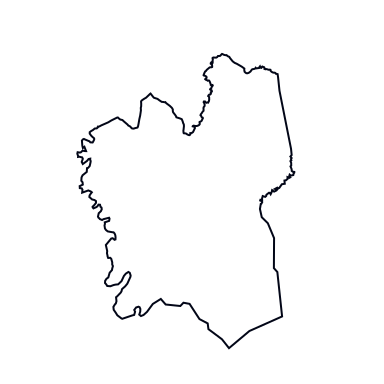 Kolondieba, Sikasso, Mali, rotated 196°
{"feature_id": "8926073B25086326483325", "entity_name": "Kolondieba", "entity_type": "district", "adm_level": 2, "iso_a3": "MLI", "parent_name": "Mali", "parent_adm1": "Sikasso", "projection": "robinson", "projection_center": [-6.6, 10.875], "detail": "fine", "context": "isolated", "style": "outline", "palette": "ink", "viewbox_px": 384, "rotation_deg": 196, "n_neighbors": 0, "source": "geoboundaries", "source_scale": "gbopen_adm2", "svg_char_len": 6045}
<svg xmlns="http://www.w3.org/2000/svg" viewBox="0 0 384 384"><g transform="rotate(196 192 192)"><path d="M142.2,328.9L144.0,328.8L144.5,329.3L145.3,329.5L146.6,329.2L147.5,329.2L148.7,329.5L149.9,330.2L150.3,331.1L150.8,331.1L152.2,330.6L153.4,330.7L155.2,330.6L155.4,330.2L156.3,330.3L156.4,330.9L157.0,331.8L157.7,331.8L159.0,332.0L159.3,331.6L159.4,330.8L159.6,330.4L160.7,330.4L161.0,331.1L161.3,331.5L161.6,330.8L161.7,330.1L161.7,329.7L164.4,328.5L165.0,328.9L165.2,328.2L166.2,327.4L166.8,327.1L167.7,326.7L168.2,326.2L169.0,323.9L170.4,322.1L171.7,321.3L172.6,321.2L173.5,321.5L174.6,322.1L175.2,323.3L175.5,324.0L175.7,325.1L178.7,326.2L184.3,327.6L186.6,327.9L188.9,328.8L191.5,330.6L192.6,331.4L193.4,332.2L194.6,332.3L195.6,332.6L196.5,333.1L197.2,332.8L198.1,332.7L199.5,332.7L200.6,333.0L201.2,333.0L201.7,332.2L202.4,330.7L203.4,330.2L204.5,329.9L205.0,328.6L205.7,327.9L207.1,327.5L208.5,327.2L209.0,326.8L209.2,326.4L208.5,325.1L208.4,323.9L207.9,322.5L207.8,321.6L208.0,321.0L208.8,321.1L209.3,321.6L209.5,321.1L209.4,320.5L207.8,319.7L207.2,318.3L207.1,317.7L207.6,317.3L208.5,317.0L209.4,316.6L211.5,313.5L212.0,312.1L212.6,311.5L212.9,309.8L213.1,307.5L212.6,307.2L211.7,307.3L210.9,307.2L209.9,306.8L209.5,306.0L209.5,305.5L210.2,304.7L210.4,304.1L209.6,303.7L208.3,303.6L207.6,303.3L207.1,303.7L206.2,303.8L205.2,302.8L204.0,301.1L203.6,300.6L203.5,300.1L202.9,299.9L202.2,300.3L201.8,300.5L201.4,300.0L202.0,298.5L202.0,297.6L202.1,297.0L202.7,296.4L202.9,295.7L202.4,295.3L201.1,295.1L200.6,294.2L200.8,293.6L201.4,293.2L201.3,292.3L200.9,291.7L201.4,290.7L202.3,290.3L202.8,289.4L202.9,288.7L202.0,288.3L201.6,287.7L200.9,285.4L200.8,283.8L200.9,283.6L201.1,282.5L201.5,282.6L202.5,281.8L203.6,282.0L204.4,282.6L205.5,282.3L205.6,281.6L204.7,280.7L203.9,279.4L203.6,278.2L204.2,276.6L204.0,275.5L203.5,274.1L203.3,273.2L203.9,272.2L204.3,270.7L205.0,269.0L205.0,268.1L204.2,267.7L203.5,266.8L202.8,266.4L202.2,266.4L201.9,266.0L202.4,263.0L203.2,262.0L204.0,261.5L203.9,260.8L203.4,259.9L203.3,259.1L203.8,258.2L204.5,257.5L205.5,256.8L206.7,256.4L208.0,256.3L208.8,256.2L209.4,255.6L209.4,255.3L207.7,255.3L207.2,255.0L206.8,254.3L207.5,250.0L208.2,249.0L208.9,248.5L209.9,248.1L209.5,246.9L210.0,246.0L210.9,245.8L212.7,246.1L213.5,246.5L214.6,246.5L215.5,246.3L216.0,246.2L216.4,246.5L217.2,248.6L217.3,249.6L217.9,253.1L218.5,254.7L219.5,255.8L220.3,257.1L221.2,258.3L222.0,259.2L224.1,259.4L227.6,259.5L228.3,260.5L229.6,261.6L232.1,263.4L232.8,264.6L233.2,266.1L234.6,267.4L237.1,268.7L241.3,270.3L242.3,271.0L242.5,270.8L244.5,270.6L246.0,270.3L248.8,271.2L250.8,272.0L254.5,272.1L255.4,272.6L259.0,275.2L259.4,274.7L260.3,273.1L262.2,269.9L263.5,268.6L265.2,266.6L265.8,265.6L265.9,264.9L265.2,263.0L264.5,260.4L264.4,258.7L263.6,256.4L262.9,251.2L262.7,247.6L262.2,243.0L262.0,240.6L262.0,239.8L262.2,238.9L264.3,237.7L265.3,237.0L266.0,236.7L267.4,236.6L268.4,237.2L269.4,237.9L271.7,238.4L272.4,239.0L277.2,241.2L278.7,242.0L281.0,241.9L282.5,242.5L283.8,243.2L284.5,242.9L289.3,238.5L291.7,235.9L297.6,231.0L298.8,229.8L300.1,228.8L300.4,228.9L300.5,228.6L300.2,228.4L301.1,226.9L303.0,226.2L304.2,224.4L305.9,222.6L306.8,221.3L306.4,219.9L304.5,218.4L302.5,217.3L301.3,216.9L300.6,216.1L300.5,215.3L300.9,213.1L301.2,212.2L303.4,211.7L304.6,212.5L305.1,212.5L309.3,213.0L310.5,213.2L311.3,212.6L312.0,211.1L310.2,206.3L309.0,204.2L307.9,205.8L305.1,202.1L306.3,201.8L308.5,201.6L309.0,200.9L309.7,199.6L310.6,199.0L312.9,198.7L312.8,197.2L311.4,195.2L311.2,194.3L309.9,194.9L308.5,194.9L307.1,195.0L306.1,193.8L306.3,190.5L304.7,188.8L301.5,192.9L300.5,195.2L299.0,196.0L298.7,194.7L297.9,193.8L297.7,192.3L297.5,188.8L298.5,186.6L299.5,186.0L298.7,182.3L301.8,177.9L302.2,175.6L301.5,172.3L299.9,171.2L299.0,169.0L301.6,166.7L300.9,164.8L299.0,165.1L297.9,164.0L297.4,161.1L292.1,164.9L289.4,164.6L288.2,164.1L289.0,162.1L289.5,160.5L289.3,158.9L287.6,158.1L286.0,157.3L283.5,157.4L281.8,156.8L281.3,155.1L282.3,152.6L283.5,150.4L283.2,149.8L282.2,149.1L279.9,151.0L279.0,152.1L278.4,154.1L276.9,154.4L275.9,152.6L274.7,152.1L274.0,150.5L274.3,148.4L275.8,145.9L275.6,142.4L274.9,141.6L273.8,141.1L273.1,140.6L270.7,140.3L269.6,141.5L264.6,144.4L263.9,143.6L263.7,141.4L267.5,138.8L266.9,137.4L266.9,135.8L265.6,132.9L264.1,131.7L262.1,130.9L257.2,131.4L256.3,131.6L255.9,131.4L254.9,130.7L253.8,129.3L253.0,127.4L252.5,125.3L253.3,124.7L255.5,125.7L256.8,125.0L260.2,117.3L257.2,111.8L256.9,109.8L255.5,107.2L255.4,106.8L254.4,105.5L252.4,106.2L251.2,105.5L249.3,102.4L248.7,100.3L247.6,99.0L247.6,96.6L247.4,94.9L248.9,91.7L248.9,86.8L250.3,85.0L251.0,82.7L250.6,80.8L250.5,80.5L249.0,79.6L247.6,78.3L244.5,78.9L241.8,80.9L240.2,81.8L237.5,82.9L235.2,86.9L234.3,92.6L233.1,95.3L231.1,97.6L229.6,97.2L228.0,94.9L227.8,93.5L228.9,86.0L230.3,82.8L231.9,80.3L232.5,79.3L232.4,77.1L232.8,75.6L235.4,70.7L236.0,69.9L234.5,66.2L234.5,63.8L235.1,62.8L235.9,59.9L234.8,57.2L232.1,55.0L229.8,52.9L224.9,51.0L224.1,50.9L215.4,56.9L213.7,57.9L213.7,61.2L215.0,62.7L213.9,65.6L211.8,67.0L210.6,66.8L209.4,65.3L208.8,62.8L208.9,59.6L206.9,58.7L204.7,60.4L202.2,64.4L198.8,73.6L192.5,80.6L186.3,76.6L171.8,79.2L169.7,83.2L163.5,83.8L149.8,71.9L140.7,70.0L138.4,64.7L122.6,58.7L113.4,52.1L98.5,74.2L71.1,97.2L87.9,138.6L92.3,141.4L100.4,170.3L110.5,182.9L118.0,187.0L122.0,194.4L122.6,199.5L122.1,199.8L121.7,201.7L122.4,202.4L124.1,202.6L124.1,203.4L122.4,203.7L122.9,205.2L122.9,207.6L120.3,207.5L119.6,208.6L119.7,209.9L117.8,212.5L117.0,212.6L115.8,211.5L115.4,213.6L115.5,215.8L113.2,215.0L111.3,216.7L110.9,217.6L113.1,217.8L111.2,219.7L110.2,219.2L109.2,220.0L107.8,224.2L105.1,225.5L105.7,226.9L106.3,228.5L104.9,229.2L103.7,231.0L104.3,232.6L102.4,232.4L101.8,233.0L102.9,233.4L102.9,235.6L101.5,235.0L99.3,236.2L99.4,237.7L99.0,238.8L99.2,239.5L100.1,239.4L100.4,239.2L101.9,239.7L102.6,241.5L104.4,243.8L103.9,244.7L104.7,247.4L105.9,248.8L105.2,249.8L106.0,251.0L105.6,252.1L107.2,253.2L106.4,255.0L108.7,260.8L135.8,313.4L140.8,325.8L142.2,328.9Z" fill="none" stroke="#020617" stroke-width="2"/></g></svg>